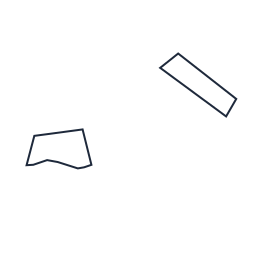 outline of Satupa'itea, rotated 320°
{"feature_id": "WSM-4993", "entity_name": "Satupa'itea", "entity_type": "state/province", "adm_level": 1, "iso_a3": "WSM", "parent_name": "Samoa", "parent_adm1": "", "projection": "albers", "projection_center": [-172.549, -13.684], "detail": "fine", "context": "isolated", "style": "outline", "palette": "slate", "viewbox_px": 256, "rotation_deg": 320, "n_neighbors": 0, "source": "natural_earth", "source_scale": "10m", "svg_char_len": 343}
<svg xmlns="http://www.w3.org/2000/svg" viewBox="0 0 256 256"><g transform="rotate(320 128 128)"><path d="M76.3,132.7L69.1,129.9L63.6,126.7L52.3,108.9L45.4,100.6L31.8,95.3L26.4,91.3L51.2,73.8L64.2,82.1L92.3,99.9L76.3,132.7ZM229.6,175.3L210.6,182.2L191.3,102.6L214.3,103.2L229.6,175.3Z" fill="none" stroke="#1e293b" stroke-width="2"/></g></svg>